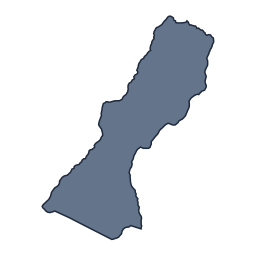 Mirandópolis, São Paulo, Brazil (orthographic projection), rotated 179°
{"feature_id": "56859067B1440643639683", "entity_name": "Mirandópolis", "entity_type": "district", "adm_level": 2, "iso_a3": "BRA", "parent_name": "Brazil", "parent_adm1": "São Paulo", "projection": "orthographic", "projection_center": [-51.144, -21.087], "detail": "fine", "context": "isolated", "style": "filled", "palette": "slate", "viewbox_px": 256, "rotation_deg": 179, "n_neighbors": 0, "source": "geoboundaries", "source_scale": "gbopen_adm2", "svg_char_len": 4112}
<svg xmlns="http://www.w3.org/2000/svg" viewBox="0 0 256 256"><g transform="rotate(179 128 128)"><path d="M41.1,216.5L42.6,217.6L43.8,219.5L45.0,219.9L46.2,219.9L47.4,219.3L49.0,220.3L49.4,221.9L50.6,222.8L51.2,223.9L52.2,224.7L53.3,224.6L54.5,225.5L55.7,226.7L57.5,226.4L57.9,227.6L58.6,228.7L60.4,229.0L61.8,229.4L63.1,230.0L64.4,229.8L65.3,231.1L65.9,232.8L67.2,234.1L67.8,233.0L69.2,232.5L71.6,232.2L73.5,232.1L75.8,232.2L77.1,232.2L78.3,232.6L78.7,234.4L80.0,234.8L80.6,236.0L80.7,237.3L81.9,238.2L83.3,239.0L84.7,239.1L86.0,238.5L87.2,237.1L88.3,235.5L89.5,234.5L91.0,232.7L92.2,231.0L93.4,230.1L94.7,229.3L96.1,228.4L97.3,228.1L98.4,227.2L99.3,225.3L100.2,223.9L100.7,221.8L100.0,220.1L100.7,218.5L100.4,216.9L101.6,215.5L102.6,213.9L102.9,212.0L103.8,210.3L104.3,208.4L104.5,206.7L104.0,205.2L105.4,204.4L106.6,203.3L107.5,202.1L108.2,200.9L109.5,199.9L110.4,199.1L111.1,197.4L113.0,196.4L114.1,195.5L114.6,194.0L115.6,193.0L116.4,191.1L116.8,188.8L117.6,186.9L118.2,185.4L117.3,184.4L117.4,182.6L118.7,181.4L119.8,181.1L121.3,179.1L120.7,177.2L121.9,176.5L123.1,175.7L123.6,174.4L124.6,173.6L126.0,172.8L127.1,170.9L127.3,168.8L127.1,167.2L127.4,165.9L127.7,164.1L128.5,163.1L129.1,161.7L130.2,160.9L131.8,159.8L132.7,158.4L133.3,156.9L134.9,156.0L136.3,155.4L137.9,155.4L139.2,155.4L141.0,155.4L143.5,154.7L145.3,154.2L146.7,154.1L147.9,154.6L149.5,154.6L150.7,153.5L152.2,152.9L152.9,150.6L153.5,148.5L153.7,146.6L154.6,142.8L154.3,140.7L155.1,139.1L155.7,137.4L156.3,136.0L157.0,133.7L157.3,132.0L156.8,130.7L155.8,129.2L154.5,127.3L154.1,125.4L153.6,123.7L153.4,121.1L154.7,119.4L155.2,118.3L155.9,116.9L157.3,115.4L158.9,114.4L160.0,113.7L161.2,112.5L162.1,111.1L161.6,109.7L162.4,108.6L163.6,107.9L164.6,107.0L166.1,106.9L167.3,105.9L167.6,104.3L168.4,102.3L169.8,100.9L170.5,99.4L171.1,98.1L173.0,97.9L174.5,96.6L175.1,94.8L176.3,94.3L177.2,92.6L179.3,92.0L181.1,91.5L182.4,90.5L182.8,88.4L184.7,87.9L185.5,86.3L186.3,84.7L187.8,83.4L189.6,81.8L191.4,81.5L193.3,80.8L194.9,79.5L196.1,77.9L197.4,76.2L197.4,74.6L197.8,73.4L198.6,72.0L199.6,71.1L200.7,70.3L202.0,69.7L202.9,68.7L204.2,66.9L205.4,65.3L206.0,63.6L206.5,61.4L207.7,59.2L208.7,57.7L210.5,56.2L211.6,55.1L212.8,54.0L213.8,53.2L215.2,51.2L214.5,49.6L213.1,48.3L211.5,46.4L209.9,45.3L208.7,45.0L207.2,44.8L205.9,45.3L204.5,45.5L202.7,46.3L188.4,39.4L173.3,31.3L146.2,16.9L144.8,17.1L142.9,17.7L140.9,18.3L139.4,18.9L138.3,20.3L137.2,21.4L136.3,22.4L136.1,23.6L135.6,25.3L134.2,27.2L133.0,28.2L131.4,28.8L129.8,28.9L128.6,29.1L127.0,30.4L116.7,26.9L116.5,28.4L116.0,29.9L116.5,31.1L116.5,33.4L116.5,35.2L116.1,37.0L116.1,38.5L116.5,39.8L117.5,41.1L118.5,43.6L118.8,45.6L118.3,47.4L118.2,48.9L119.4,50.5L119.3,52.2L119.3,53.5L119.9,55.5L119.4,57.2L120.3,58.2L121.4,60.1L121.0,61.8L121.9,63.7L121.9,65.6L123.0,66.8L123.9,67.8L125.1,69.4L125.9,71.1L126.2,72.8L126.5,74.2L126.5,75.8L126.6,77.1L126.8,78.6L126.6,80.2L126.8,81.4L127.5,82.5L127.5,83.8L127.2,85.2L126.8,86.5L126.1,87.8L125.3,88.9L124.7,90.7L124.5,92.5L125.0,93.9L124.4,95.1L123.5,96.7L122.8,99.3L122.2,100.8L121.5,101.9L120.5,103.8L119.8,105.3L119.0,106.3L118.1,107.1L117.1,107.8L116.0,108.7L114.9,108.3L113.0,107.4L111.2,107.4L109.4,107.3L107.4,107.5L106.3,108.2L105.9,109.5L105.0,111.4L105.0,114.0L103.7,115.4L100.7,119.1L98.6,121.2L97.4,123.2L96.8,124.6L95.5,126.0L94.3,127.0L92.7,128.5L91.4,129.7L90.5,130.6L89.4,131.2L88.2,131.9L86.8,131.8L85.3,131.1L83.4,130.3L82.0,130.2L80.6,130.3L79.7,131.1L78.0,132.4L77.2,133.9L75.2,135.2L73.6,135.9L72.2,137.2L71.3,138.2L70.3,139.3L66.5,148.0L66.3,149.3L66.3,151.5L66.5,153.2L66.2,154.4L65.4,155.4L64.3,157.0L62.6,158.2L61.3,159.2L59.7,160.0L58.1,160.5L56.6,160.2L55.9,161.3L54.6,162.3L53.7,163.5L52.3,163.9L50.8,164.5L49.7,166.4L49.0,167.9L49.1,169.4L49.7,170.8L50.2,173.0L49.8,175.0L49.2,176.8L48.9,178.5L49.5,180.0L50.2,182.0L50.0,183.9L49.3,185.3L48.8,186.6L47.9,188.3L47.3,189.5L47.2,191.2L47.2,192.9L47.3,194.4L48.1,196.0L47.4,197.9L46.4,199.8L45.8,201.0L45.6,202.3L44.8,203.4L44.5,204.9L43.5,206.1L42.5,208.3L42.1,210.1L41.1,211.8L40.8,213.1L40.9,214.5L41.1,216.5Z" fill="#64748b" stroke="#1e293b" stroke-width="1.5"/></g></svg>